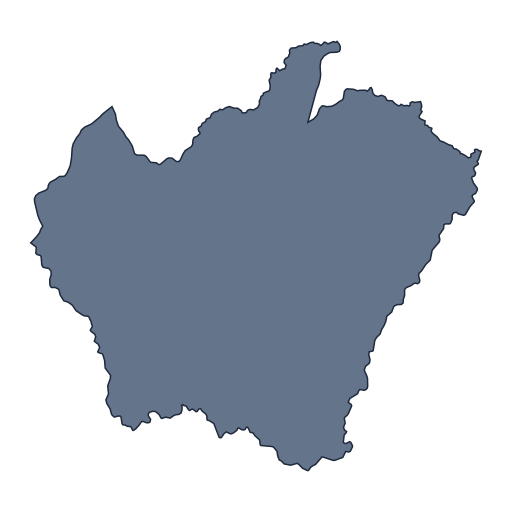 outline of Manzanares, Caldas, Colombia
{"feature_id": "7082276B1219739961370", "entity_name": "Manzanares", "entity_type": "district", "adm_level": 2, "iso_a3": "COL", "parent_name": "Colombia", "parent_adm1": "Caldas", "projection": "robinson", "projection_center": [-75.127, 5.233], "detail": "fine", "context": "isolated", "style": "filled", "palette": "slate", "viewbox_px": 512, "rotation_deg": 0, "n_neighbors": 0, "source": "geoboundaries", "source_scale": "gbopen_adm2", "svg_char_len": 5978}
<svg xmlns="http://www.w3.org/2000/svg" viewBox="0 0 512 512"><path d="M260.8,445.5L271.8,446.5L273.6,447.1L277.0,451.3L277.7,456.0L279.2,459.9L281.3,460.9L284.1,463.9L290.7,465.2L297.0,463.4L298.5,464.1L302.6,468.3L307.5,470.6L308.5,470.4L310.9,467.1L313.7,465.2L315.4,464.6L322.1,456.8L333.2,460.4L334.6,460.4L342.8,457.4L345.7,451.5L348.8,452.0L350.3,451.3L352.6,446.6L352.2,445.0L350.7,442.2L349.5,441.7L346.0,443.6L344.0,443.0L343.3,442.2L344.2,434.9L346.1,432.9L346.6,431.5L344.8,430.3L343.7,428.2L343.8,426.4L345.2,423.2L344.3,418.6L345.2,416.8L347.0,415.5L348.5,413.3L351.7,405.8L351.1,404.4L348.2,402.3L349.9,398.4L357.5,393.8L358.9,390.5L359.8,389.5L364.3,390.3L366.2,389.4L367.3,388.0L367.7,386.0L367.5,378.2L366.6,375.3L364.7,371.4L364.4,369.6L365.6,366.3L369.0,363.5L369.7,362.1L370.0,359.7L368.8,354.6L369.2,351.8L372.6,351.1L373.2,350.5L374.8,340.5L376.6,337.4L380.1,334.0L381.6,329.6L383.9,325.8L385.7,321.7L386.8,316.3L391.7,312.0L393.6,306.9L394.4,305.9L397.4,304.6L401.3,304.5L403.1,303.0L403.4,299.0L404.6,295.7L404.6,290.1L405.0,288.9L406.4,287.6L411.2,285.5L414.1,283.4L415.0,283.1L417.6,283.7L419.4,282.4L419.8,280.3L418.7,275.9L418.8,273.6L421.6,270.8L425.8,264.4L430.2,260.1L432.2,250.2L439.4,241.7L439.8,239.5L439.0,235.3L443.6,228.6L443.9,224.7L445.4,223.9L449.5,223.9L450.4,223.4L452.1,219.6L452.3,214.7L453.9,212.7L456.5,212.3L458.0,213.8L463.7,215.3L465.3,214.6L470.1,206.4L474.1,202.0L474.3,201.0L472.4,197.4L472.2,195.7L472.9,194.8L475.6,193.4L477.4,189.9L477.2,188.2L473.3,182.6L471.6,177.8L472.2,176.9L474.5,175.9L475.3,174.6L475.5,172.5L474.0,170.2L473.7,168.1L474.4,167.0L478.2,164.3L478.3,163.5L477.1,161.2L478.3,159.8L481.3,151.2L479.3,150.8L477.0,149.3L475.0,149.4L474.6,149.8L474.8,151.5L474.5,152.4L470.9,154.2L471.0,156.3L470.5,157.3L468.3,157.8L464.9,155.3L461.5,153.5L460.4,153.6L459.8,151.5L456.4,149.1L453.8,148.7L452.1,145.7L448.6,144.7L443.3,141.9L440.1,140.9L437.1,136.8L432.3,133.0L431.0,130.6L431.9,128.9L431.7,128.1L429.1,127.4L427.3,125.4L425.2,125.2L424.8,124.3L425.1,120.9L421.1,119.2L419.1,117.5L419.2,116.0L422.1,111.6L420.6,109.9L421.7,106.8L421.5,104.6L420.5,101.6L414.9,102.4L412.1,101.8L410.1,103.0L409.9,105.2L409.1,106.1L407.0,105.4L404.0,105.8L401.1,104.3L399.8,105.6L398.3,105.7L395.2,103.8L392.2,100.8L387.0,100.5L385.3,97.0L382.8,95.7L381.2,95.3L377.9,96.5L374.8,95.4L372.9,93.4L372.3,89.9L371.2,87.6L370.1,87.8L369.0,89.6L367.2,91.1L365.5,90.2L359.9,90.3L357.6,90.8L353.6,89.3L347.2,88.8L345.8,89.5L344.4,91.4L343.3,98.4L342.3,99.9L339.7,101.3L335.7,104.3L332.0,106.2L326.8,106.7L322.9,105.7L321.7,106.2L319.5,108.7L317.3,115.0L313.6,119.0L307.9,122.3L316.4,90.6L318.7,85.0L320.2,78.6L320.6,75.2L320.1,66.0L320.9,60.4L323.8,56.2L327.3,53.8L330.1,52.5L336.7,52.2L339.3,51.4L340.2,49.6L340.2,46.3L339.2,44.1L337.0,41.4L335.8,42.3L333.3,41.6L327.9,43.9L325.7,42.4L324.2,42.2L322.7,44.0L320.6,45.5L319.4,44.3L317.1,43.4L314.6,43.4L313.4,42.2L311.1,42.4L306.0,44.6L304.2,44.0L302.5,45.8L298.7,46.0L296.0,47.7L291.1,48.1L289.4,50.2L289.8,53.1L288.1,57.2L285.5,58.5L284.4,60.1L284.1,62.6L286.2,65.3L284.8,68.8L282.4,69.1L279.7,70.8L277.3,68.3L276.7,68.2L276.2,69.0L275.8,72.4L274.0,73.2L271.9,72.7L271.1,73.1L270.7,74.3L270.9,77.3L269.1,80.2L270.2,85.5L269.9,89.2L268.7,91.3L267.3,91.4L263.5,93.1L262.8,95.3L261.0,96.4L260.3,99.3L259.3,100.7L259.5,104.3L257.6,107.5L253.6,109.9L249.7,109.4L247.6,110.3L246.2,112.6L242.4,113.0L241.9,112.6L241.4,110.8L237.7,108.2L234.3,108.2L229.3,106.5L225.6,107.8L222.6,109.8L219.8,109.3L217.8,111.2L214.4,112.0L211.6,114.0L210.1,117.7L206.7,118.9L206.0,119.9L205.7,121.5L202.2,123.4L201.1,126.1L198.6,127.6L198.3,129.3L198.9,131.3L200.1,132.9L199.8,133.8L196.8,136.4L194.0,137.5L193.0,139.8L192.6,144.4L191.4,146.6L185.2,150.6L183.1,153.9L180.3,160.0L178.9,161.5L176.3,161.5L172.2,158.2L169.0,157.9L166.9,158.7L160.3,164.3L158.4,164.5L156.5,162.8L150.5,162.3L146.2,156.5L144.3,155.2L136.9,155.1L134.5,153.6L132.3,146.0L128.5,139.7L125.8,136.7L123.5,132.3L118.5,126.3L116.4,120.2L115.4,114.0L112.0,106.6L102.5,114.1L99.9,117.0L91.5,124.0L84.9,127.0L81.4,130.0L79.7,133.8L76.6,137.6L73.2,143.8L72.2,148.0L71.5,157.9L70.2,165.8L67.1,172.9L65.3,175.5L64.1,176.3L59.5,176.5L55.3,179.5L50.3,182.2L49.0,183.8L48.3,185.4L48.0,187.9L47.0,189.2L45.7,190.3L38.9,193.0L35.8,195.6L34.4,198.8L34.6,201.8L37.7,214.9L39.5,219.8L42.8,226.3L40.8,229.2L39.5,232.8L36.2,237.1L30.7,242.9L35.6,246.6L36.3,247.7L35.8,253.3L37.2,254.6L40.3,255.5L41.1,256.6L41.8,265.1L43.2,267.3L49.1,268.6L51.0,271.2L51.2,274.5L49.7,279.6L49.9,285.1L50.8,286.9L51.9,287.6L55.0,287.4L58.8,289.3L60.2,295.0L63.8,300.8L67.9,302.1L71.3,304.4L72.5,305.4L76.0,310.6L82.1,314.8L84.1,315.8L88.1,316.3L89.1,317.2L89.8,319.4L91.2,321.6L91.2,322.7L92.4,326.3L90.3,330.2L90.9,331.3L95.0,334.4L95.7,336.9L94.3,341.3L98.2,344.2L99.5,347.0L99.5,347.8L97.7,351.9L98.4,352.6L102.0,353.7L102.8,354.4L104.6,360.5L105.2,368.1L110.5,375.2L110.4,378.3L107.7,385.9L108.5,393.9L105.9,399.9L106.8,403.5L110.1,408.9L111.4,413.8L112.3,415.4L114.4,417.1L117.8,416.1L120.3,416.1L121.0,417.1L122.1,423.9L122.8,424.8L125.2,425.1L127.3,426.3L130.7,426.6L132.8,430.4L133.6,430.4L135.8,428.8L139.0,425.3L141.6,421.5L143.1,421.5L146.6,422.8L148.9,422.7L150.0,422.0L150.6,419.4L148.4,415.9L148.2,414.6L149.0,412.8L150.0,412.1L152.3,411.4L155.2,411.4L159.0,414.4L161.0,418.0L161.8,418.5L165.6,417.2L170.3,418.1L173.7,415.6L175.7,414.8L178.9,414.4L181.1,412.9L182.0,409.6L182.1,407.0L181.5,405.3L182.7,404.6L183.5,405.4L186.1,406.1L188.5,409.7L189.5,410.5L191.9,409.2L192.9,409.2L196.1,411.7L197.1,411.5L199.0,408.9L200.5,408.7L202.3,411.3L206.0,414.2L207.0,416.6L206.8,418.5L207.3,420.1L209.4,420.7L213.8,423.5L219.2,437.5L220.7,437.8L221.5,437.4L224.0,433.7L226.3,431.9L230.0,433.7L231.4,433.8L233.5,432.9L236.9,430.3L237.9,428.1L238.8,428.0L241.7,429.7L243.6,430.0L245.1,429.4L246.2,427.4L247.0,427.1L248.2,428.0L250.2,432.4L252.8,432.7L255.2,436.0L259.3,439.6L259.8,440.9L260.1,444.6L260.8,445.5Z" fill="#64748b" stroke="#1e293b" stroke-width="1.5"/></svg>